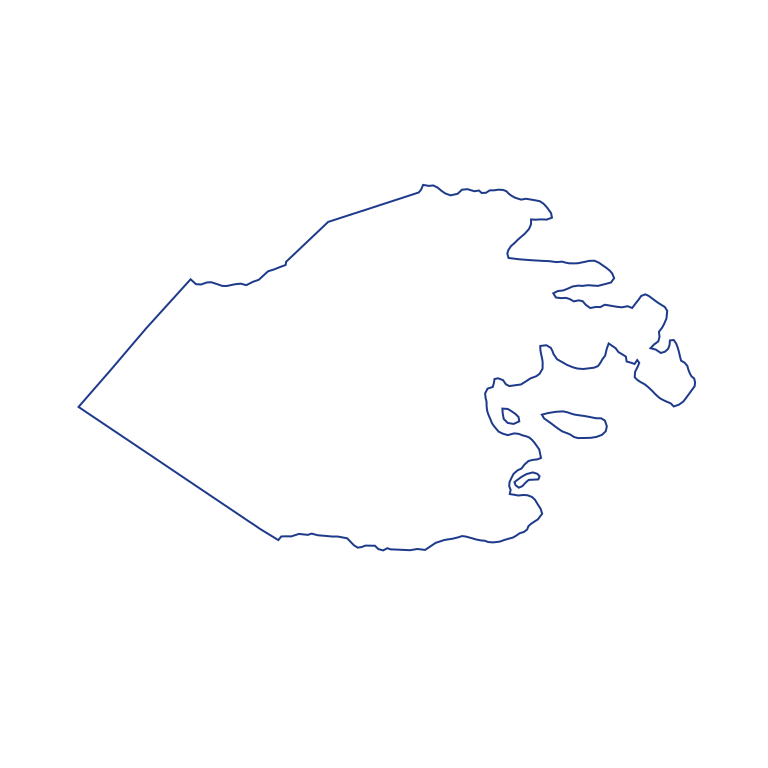 Augusto Corrêa, Pará, Brazil (Natural Earth projection), rotated 75°
{"feature_id": "56859067B74393443468335", "entity_name": "Augusto Corrêa", "entity_type": "district", "adm_level": 2, "iso_a3": "BRA", "parent_name": "Brazil", "parent_adm1": "Pará", "projection": "natural_earth1", "projection_center": [-46.475, -1.101], "detail": "fine", "context": "isolated", "style": "outline", "palette": "blue", "viewbox_px": 768, "rotation_deg": 75, "n_neighbors": 0, "source": "geoboundaries", "source_scale": "gbopen_adm2", "svg_char_len": 4703}
<svg xmlns="http://www.w3.org/2000/svg" viewBox="0 0 768 768"><g transform="rotate(75 384 384)"><path d="M563.1,287.1L561.6,283.4L558.7,281.3L557.1,278.1L555.8,274.3L554.6,270.4L550.2,264.8L545.1,265.0L539.5,266.8L534.7,268.2L531.3,270.4L528.6,274.2L527.2,278.4L526.5,283.1L524.4,287.5L522.9,291.0L519.0,289.1L515.0,289.5L511.2,288.1L508.1,285.5L504.3,282.1L502.0,277.4L501.2,273.0L498.2,269.2L495.8,264.4L495.8,259.8L496.5,255.5L496.1,251.5L491.4,251.2L487.4,251.0L484.1,252.2L480.0,253.7L476.4,255.4L473.2,257.6L471.2,260.4L469.3,263.7L467.0,266.8L465.4,271.0L465.4,277.7L462.8,282.0L459.7,285.6L456.1,287.3L453.1,288.7L449.7,289.9L445.8,290.3L441.3,291.0L437.7,291.3L434.2,291.0L430.6,290.3L427.4,289.5L424.2,289.5L419.3,288.8L415.3,285.2L415.0,279.7L411.3,277.5L407.8,276.0L408.0,272.3L411.1,268.0L415.7,266.4L418.4,263.6L419.9,251.9L418.1,245.9L416.5,241.3L415.9,234.9L414.4,231.1L410.3,226.9L404.0,225.1L400.2,224.7L395.5,224.5L391.4,224.1L387.7,223.2L388.6,217.1L392.3,213.5L395.5,212.8L399.0,212.5L404.9,210.4L413.0,202.2L416.9,197.0L419.3,192.8L421.1,187.5L422.6,177.0L422.1,172.7L419.7,169.7L416.5,166.5L413.8,163.0L407.8,159.8L403.0,156.5L409.4,151.0L413.8,149.3L417.6,145.6L420.1,143.3L425.1,143.8L427.3,140.0L429.5,136.8L426.4,133.2L429.7,132.0L433.3,134.8L437.2,138.3L442.4,140.1L445.7,138.2L448.6,135.6L451.6,132.4L455.4,129.6L460.4,126.5L463.3,125.0L466.7,122.9L469.7,120.7L472.8,117.3L476.9,112.1L480.7,109.9L480.3,104.5L478.5,99.6L476.2,96.5L472.5,91.9L469.1,87.7L466.5,84.5L463.0,83.1L458.9,83.0L456.2,85.0L453.1,85.8L448.9,86.3L445.1,86.3L441.1,88.2L438.4,91.0L434.3,91.0L429.5,90.8L424.3,90.9L420.2,91.4L416.5,92.8L415.9,96.5L420.5,98.2L423.6,100.5L425.5,104.2L425.7,108.5L421.0,112.7L418.4,117.3L415.7,112.9L413.9,108.1L409.9,105.7L404.7,104.9L401.4,100.6L398.5,97.9L393.8,94.2L386.7,91.5L382.3,92.8L376.6,98.2L371.7,102.1L367.3,105.6L365.0,108.5L365.6,112.9L368.3,116.1L370.9,119.6L374.8,124.6L371.9,128.6L371.5,134.4L369.6,139.3L366.9,145.1L364.6,150.2L365.7,155.2L364.4,159.3L364.0,165.1L359.6,168.7L355.4,170.7L353.6,174.3L353.3,179.3L350.2,182.4L347.9,185.9L346.9,190.8L344.9,195.6L340.2,197.0L339.2,192.0L340.0,186.7L339.5,182.0L338.6,176.6L339.2,171.1L340.6,166.9L341.4,161.2L342.8,157.3L344.6,151.9L344.7,144.6L344.7,138.4L341.3,134.3L336.2,135.0L332.9,136.6L329.6,139.0L325.8,142.2L322.5,145.0L319.4,148.8L318.2,153.7L317.9,159.9L317.5,165.7L316.6,169.5L315.4,173.8L313.8,177.1L311.9,180.3L310.9,185.9L308.1,192.6L305.6,200.6L304.1,205.0L302.5,209.9L300.4,215.8L298.6,220.9L294.5,231.1L289.8,231.1L286.9,229.3L283.7,225.7L281.6,221.4L279.5,217.8L277.6,214.1L275.5,209.5L271.8,203.8L267.7,200.6L263.1,199.4L264.5,195.2L265.6,189.8L267.3,184.3L266.8,178.7L262.2,178.4L257.6,180.1L254.3,181.5L250.8,183.5L247.7,186.3L245.6,190.6L243.3,195.6L241.8,199.0L241.4,203.8L238.2,208.9L235.2,212.1L232.4,214.3L229.4,215.9L227.3,218.9L225.9,223.2L225.4,227.7L224.3,231.7L225.7,236.1L224.7,240.3L221.7,242.2L221.2,246.8L217.4,253.0L216.5,258.4L219.3,263.6L219.0,270.9L215.7,275.6L212.4,278.4L208.0,281.5L204.9,285.2L204.3,289.3L201.8,294.7L205.9,297.9L208.0,300.9L210.1,340.4L210.9,355.1L211.6,369.6L213.0,396.0L240.6,446.9L243.6,448.2L244.1,454.2L244.9,460.7L245.1,466.7L246.9,470.3L250.9,477.9L251.4,484.4L252.9,491.4L250.0,496.4L249.1,502.0L248.6,510.7L247.4,514.8L243.7,520.3L241.0,524.5L240.1,528.6L240.5,535.1L238.9,539.8L232.8,543.7L268.5,599.1L300.1,644.9L327.1,685.0L396.5,624.4L421.3,602.8L481.4,550.4L488.5,544.1L491.4,541.7L507.4,526.5L504.7,522.7L505.7,518.2L507.2,513.1L506.8,505.0L510.0,496.6L509.8,492.6L513.0,487.0L515.6,479.8L518.0,473.3L519.4,468.1L523.5,459.5L532.0,454.8L535.2,451.8L535.7,448.2L535.3,443.7L537.9,434.6L542.0,432.2L544.5,427.9L543.5,423.3L545.4,420.5L547.7,413.1L551.3,401.8L552.0,394.5L554.9,387.2L550.8,375.2L550.3,365.9L551.2,357.7L551.3,351.9L551.1,347.9L552.5,344.5L555.3,339.7L558.1,335.1L560.2,330.8L561.5,327.2L563.6,324.3L565.2,319.8L566.2,313.2L565.8,307.9L565.7,303.4L565.7,299.3L564.7,295.5L563.3,291.7L563.1,287.1ZM458.6,238.3L462.0,235.5L465.1,232.9L468.9,230.0L472.5,227.1L475.9,224.1L479.1,219.6L481.4,216.8L484.3,214.3L486.4,210.7L487.8,205.3L489.5,198.2L490.1,192.4L489.5,186.6L487.1,182.1L482.6,179.7L476.5,180.1L473.4,183.0L471.9,188.2L469.6,192.8L467.0,198.2L464.9,203.2L462.8,208.0L460.7,211.4L458.6,214.5L456.8,218.1L455.3,225.4L454.5,233.5L454.5,239.5L458.6,238.3ZM453.6,274.6L456.1,269.2L455.1,263.0L450.7,262.6L446.9,264.8L442.8,268.3L440.1,271.0L438.4,276.0L443.4,277.0L448.8,277.4L453.6,274.6ZM515.8,283.1L519.0,280.7L518.5,276.8L515.6,272.3L514.1,269.0L516.1,259.6L513.3,257.6L510.4,259.2L507.9,263.2L507.9,269.7L509.3,275.2L511.1,279.9L512.6,283.4L515.8,283.1Z" fill="none" stroke="#1e3a8a" stroke-width="2"/></g></svg>